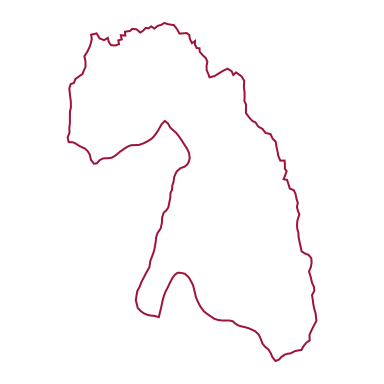 outline of Padre Carvalho, Minas Gerais, Brazil
{"feature_id": "56859067B17742841496007", "entity_name": "Padre Carvalho", "entity_type": "district", "adm_level": 2, "iso_a3": "BRA", "parent_name": "Brazil", "parent_adm1": "Minas Gerais", "projection": "natural_earth1", "projection_center": [-42.596, -16.309], "detail": "fine", "context": "isolated", "style": "outline", "palette": "rose", "viewbox_px": 384, "rotation_deg": 0, "n_neighbors": 0, "source": "geoboundaries", "source_scale": "gbopen_adm2", "svg_char_len": 3479}
<svg xmlns="http://www.w3.org/2000/svg" viewBox="0 0 384 384"><path d="M91.1,34.7L91.8,38.9L90.9,43.0L89.7,46.7L87.6,51.2L84.4,56.3L85.5,61.5L85.5,66.8L83.7,70.8L82.6,73.9L79.1,76.4L75.3,79.1L73.9,83.0L70.7,84.1L69.3,88.5L70.0,95.3L70.8,101.2L70.9,107.5L70.0,111.5L69.9,116.0L69.9,120.0L69.9,123.3L69.3,127.8L69.5,132.8L67.6,137.4L68.7,142.0L73.3,142.4L76.5,144.1L79.1,145.8L81.7,147.1L84.9,148.5L87.7,151.2L89.7,154.5L91.0,159.9L93.9,163.7L96.9,163.3L99.6,160.2L103.1,158.4L108.0,158.2L111.7,157.7L114.9,155.9L117.7,153.7L120.1,151.6L122.5,150.0L125.0,148.2L128.4,146.2L131.6,145.1L134.7,145.1L139.1,144.9L143.8,143.2L148.1,141.0L151.6,138.7L153.9,136.4L156.2,133.3L158.1,130.5L159.9,127.3L161.6,124.3L164.8,120.9L168.0,123.5L170.2,127.5L172.7,129.8L176.1,132.8L179.2,136.7L181.5,140.1L184.1,144.2L187.1,148.7L189.1,153.2L189.7,158.1L188.8,161.7L187.3,164.5L184.4,166.8L180.5,168.1L176.5,171.7L174.2,176.9L173.5,182.0L172.3,185.6L172.0,189.9L170.5,192.8L170.3,197.6L169.3,202.6L168.3,207.5L166.3,210.4L163.7,212.7L162.1,217.6L161.9,222.8L160.7,228.4L157.5,233.1L156.1,237.5L155.8,241.2L155.1,245.3L154.5,248.9L153.4,252.8L151.9,256.8L150.4,260.7L149.4,267.2L147.7,270.1L145.8,273.6L143.8,277.5L141.2,282.5L139.6,286.9L137.4,290.8L136.5,295.6L135.8,300.2L137.0,304.8L137.7,308.0L140.6,311.0L143.8,313.3L147.6,314.9L151.0,315.6L154.1,315.8L158.8,317.1L160.3,311.0L161.5,305.9L162.5,301.0L163.6,296.8L165.4,291.9L167.7,287.5L170.0,282.7L172.3,278.2L174.8,274.8L177.5,272.8L180.7,272.8L185.0,273.8L188.8,277.4L191.6,282.3L193.1,285.4L194.1,289.4L195.2,293.9L195.9,297.3L197.8,301.6L200.6,306.9L203.8,311.3L207.4,314.1L210.9,316.5L214.3,318.8L218.2,320.0L222.4,320.5L225.5,320.5L229.5,320.5L232.7,321.2L234.9,323.3L238.4,325.5L241.9,326.5L244.7,327.1L248.0,328.0L251.8,329.6L255.1,331.2L258.7,334.5L260.8,339.0L262.3,343.3L264.8,346.5L268.6,349.7L270.8,353.3L272.3,357.0L275.4,361.0L279.2,359.5L281.3,357.0L284.6,354.7L287.8,353.7L290.9,353.3L294.7,351.2L298.4,350.4L301.5,350.0L303.5,346.2L306.2,342.8L309.7,340.3L309.5,334.9L311.6,330.1L313.9,325.5L316.4,320.9L316.0,317.4L315.7,313.8L314.3,309.2L313.2,303.7L312.7,299.3L312.0,295.1L314.3,290.8L314.0,287.0L312.0,282.7L310.7,276.9L309.0,271.5L310.9,266.9L311.6,262.7L311.3,258.1L308.5,254.9L305.0,253.5L301.6,251.4L300.5,246.2L299.4,241.2L298.5,236.6L298.4,232.6L297.3,229.1L297.0,225.5L297.3,221.0L298.3,217.6L299.4,214.4L297.9,210.8L296.9,207.0L297.8,203.0L296.4,198.5L295.5,193.8L293.8,190.2L289.8,188.6L288.4,184.0L287.1,179.9L283.6,179.2L285.2,175.1L286.6,171.2L284.9,168.7L284.9,164.7L284.6,160.6L280.3,160.6L278.3,155.9L277.4,150.9L276.4,146.4L275.7,141.7L272.7,138.8L270.5,134.1L265.5,132.9L262.5,128.9L258.3,126.6L255.5,122.4L252.5,121.0L250.3,118.8L248.3,116.3L246.0,113.1L245.9,109.2L246.1,104.8L244.4,101.1L244.6,96.4L244.5,91.9L243.9,87.4L244.2,80.8L241.8,76.6L239.0,74.5L236.0,72.4L233.3,75.0L231.7,71.2L227.4,68.7L222.8,71.0L218.5,73.6L214.4,76.1L209.5,77.3L208.4,74.1L206.6,69.9L206.6,65.6L207.4,61.7L205.6,57.9L202.9,55.4L199.7,51.8L199.5,48.3L196.6,48.0L194.9,44.4L195.0,41.0L192.0,43.2L189.9,39.0L189.3,35.0L186.8,33.1L183.8,33.3L179.5,33.6L177.0,29.1L173.9,25.1L168.5,24.3L164.2,23.0L161.6,24.7L157.6,25.9L154.4,28.6L151.3,26.4L148.8,28.2L145.6,28.0L143.3,30.5L140.3,32.6L136.5,29.3L132.2,28.9L129.9,31.0L125.0,31.7L125.3,35.6L120.8,35.2L121.8,39.4L118.3,40.4L119.0,44.2L115.2,45.5L110.9,45.1L108.7,41.7L107.8,37.9L104.1,40.1L99.7,38.5L96.6,33.4L91.1,34.7Z" fill="none" stroke="#9f1239" stroke-width="2"/></svg>